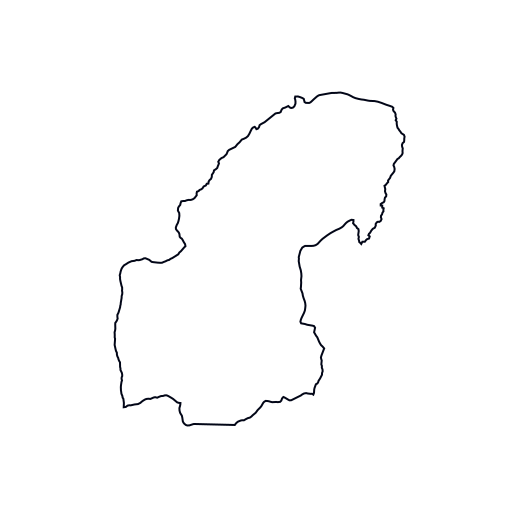 the district of Kabuchai, Western, Kenya, rotated 27°
{"feature_id": "3690345B50484339603555", "entity_name": "Kabuchai", "entity_type": "district", "adm_level": 2, "iso_a3": "KEN", "parent_name": "Kenya", "parent_adm1": "Western", "projection": "natural_earth1", "projection_center": [34.605, 0.696], "detail": "fine", "context": "isolated", "style": "outline", "palette": "ink", "viewbox_px": 512, "rotation_deg": 27, "n_neighbors": 0, "source": "geoboundaries", "source_scale": "gbopen_adm2", "svg_char_len": 6095}
<svg xmlns="http://www.w3.org/2000/svg" viewBox="0 0 512 512"><g transform="rotate(27 256 256)"><path d="M320.4,72.4L318.8,71.6L318.8,69.9L317.7,69.0L316.7,67.9L316.1,66.4L314.7,65.1L312.9,64.5L311.7,63.5L311.2,61.7L309.6,61.2L307.1,61.5L303.4,62.1L298.4,62.6L294.6,63.2L291.4,64.1L287.0,66.1L285.2,66.7L281.2,67.8L278.8,68.7L276.0,69.5L272.8,70.2L271.5,70.3L270.2,70.4L268.6,70.3L265.6,70.3L264.1,70.4L259.3,71.4L257.1,72.0L255.5,72.9L253.7,74.1L249.5,76.3L247.6,77.7L239.3,84.0L238.5,85.1L237.8,86.4L236.3,90.2L235.5,92.5L234.8,94.3L233.9,95.5L230.9,96.9L229.4,96.8L227.2,94.3L225.5,94.2L223.3,94.4L221.0,94.8L218.6,96.1L219.0,97.9L220.0,98.9L221.1,100.5L222.0,102.4L222.2,105.3L221.5,107.1L220.1,108.2L218.7,108.3L216.7,107.7L214.6,110.5L212.9,112.2L212.4,113.8L212.6,116.6L211.7,117.9L209.9,119.1L208.6,120.2L202.9,132.9L200.6,136.2L199.8,137.8L200.2,139.8L199.8,141.8L198.8,142.8L197.6,142.0L196.2,141.5L195.1,142.8L194.5,144.4L194.5,147.1L194.6,150.0L194.4,152.8L193.5,155.0L192.1,156.9L190.5,158.7L189.7,162.2L188.7,164.8L188.0,168.2L183.9,173.6L183.2,175.4L183.4,177.0L183.5,178.7L182.2,182.7L180.8,184.4L179.7,187.0L179.6,189.2L180.9,190.2L181.1,191.6L181.2,193.3L181.5,195.2L180.8,196.9L179.7,198.8L180.2,200.4L180.1,201.9L179.8,203.6L180.7,205.6L180.9,207.7L180.2,209.3L180.0,211.1L180.7,213.1L179.3,214.0L179.3,215.9L177.8,217.8L177.6,220.1L176.8,221.6L175.7,222.8L175.4,224.2L174.2,225.5L174.6,227.1L175.6,228.8L174.9,232.4L173.9,234.2L172.5,235.6L170.3,236.7L168.9,237.9L167.7,239.3L166.1,240.1L164.6,241.2L164.8,243.2L165.3,244.9L164.8,246.9L164.8,248.6L165.8,251.0L168.1,252.6L169.5,255.0L170.5,257.8L171.1,260.3L171.4,262.2L171.3,264.3L171.6,266.9L172.4,268.3L174.0,269.2L175.3,269.6L176.6,270.2L177.7,271.1L179.3,273.5L180.6,274.1L182.0,274.2L183.5,275.1L185.5,276.5L187.4,277.6L188.7,279.3L188.1,281.0L186.9,285.9L186.1,287.7L186.0,289.7L182.4,295.8L181.1,297.4L180.4,298.9L179.0,300.1L177.8,301.8L176.4,303.3L175.4,304.6L174.1,305.4L171.3,306.6L167.0,308.2L165.6,308.6L162.6,307.9L158.5,308.2L157.2,309.0L156.1,310.6L154.1,312.5L153.0,313.2L151.4,313.8L150.0,315.4L147.5,317.1L145.3,319.8L143.7,322.6L142.7,324.1L142.2,326.2L142.0,328.1L142.2,329.9L142.5,331.6L142.9,332.9L143.3,335.0L144.4,336.4L145.3,338.2L146.5,339.8L149.7,343.6L151.0,344.8L151.9,346.5L152.4,347.8L153.3,348.9L154.1,350.6L154.5,352.7L155.3,354.4L156.8,359.2L157.4,360.6L157.7,362.1L158.2,363.4L159.2,369.0L159.2,371.4L160.2,373.3L161.1,374.5L161.3,376.0L161.3,377.6L161.0,379.5L161.8,381.2L163.7,384.7L164.3,386.5L164.6,388.1L165.6,389.8L166.4,391.3L167.0,392.6L168.0,393.7L168.6,395.1L170.4,399.4L173.1,402.7L174.4,404.2L175.9,405.3L176.9,407.1L178.2,408.5L179.4,409.3L180.5,410.6L181.7,411.6L183.1,412.5L185.3,416.6L186.2,417.6L187.0,419.1L189.5,421.0L190.6,422.4L191.3,423.7L191.4,425.1L192.0,426.5L193.1,427.7L193.3,429.2L194.4,432.5L195.1,434.2L196.7,437.1L197.6,438.3L198.6,439.8L200.5,441.4L201.5,442.8L202.6,443.4L205.0,446.9L206.8,450.8L208.5,449.6L209.5,447.6L210.9,446.5L212.1,446.0L215.2,443.4L218.1,441.5L219.7,439.3L220.2,437.9L221.1,436.1L222.5,433.9L223.7,432.8L225.0,432.0L226.8,431.3L229.0,428.6L230.2,427.6L232.3,427.1L233.7,425.3L235.0,423.9L236.7,422.9L238.1,421.5L239.7,420.7L241.6,420.6L245.1,420.8L247.1,421.0L252.2,422.2L253.9,421.9L255.4,421.3L256.0,422.7L256.4,424.2L256.8,426.3L258.0,428.4L259.5,430.1L261.0,431.1L262.4,431.9L263.8,433.6L265.9,436.6L267.0,437.4L268.3,438.0L270.2,438.4L271.7,438.2L273.5,437.2L276.6,434.1L278.1,433.3L313.8,416.2L314.1,414.4L314.6,412.9L315.2,411.7L317.2,409.4L318.3,408.6L319.8,407.9L321.2,405.7L322.4,404.1L323.9,402.8L324.8,401.1L325.3,399.5L326.9,395.8L327.4,392.6L328.5,389.2L328.9,387.5L329.1,383.5L329.5,382.1L330.4,380.7L332.1,380.0L333.4,379.6L335.1,379.3L336.8,378.9L340.2,376.9L341.8,376.3L343.7,375.0L344.2,373.4L343.9,371.1L344.4,369.2L345.6,369.1L348.9,369.3L350.1,369.4L351.4,369.4L352.9,368.5L359.3,359.9L360.0,358.4L361.2,356.7L362.9,355.4L364.6,355.0L367.3,354.0L368.5,353.3L370.0,353.5L369.8,351.6L368.5,348.6L368.1,347.1L367.6,343.1L368.5,341.8L368.7,340.4L368.4,338.7L368.7,336.2L368.7,333.9L368.7,331.8L368.0,330.4L367.7,328.4L366.7,326.8L365.4,325.7L364.6,324.0L363.4,322.9L362.0,319.3L360.9,318.2L359.9,316.9L359.5,315.0L358.7,307.4L356.3,306.4L354.5,305.9L352.8,304.9L351.0,303.6L347.5,300.6L345.8,299.8L342.4,297.6L341.2,293.1L339.5,292.1L338.0,292.4L332.9,294.0L330.4,294.4L326.8,295.5L325.4,294.4L324.9,292.4L324.7,290.4L324.6,284.9L324.3,282.4L323.5,280.0L322.6,277.7L321.2,275.6L319.8,274.0L317.6,272.0L315.7,270.0L314.4,268.2L310.7,264.9L310.1,263.2L308.4,259.3L307.0,256.9L305.7,253.4L304.3,251.0L302.4,248.4L299.7,245.6L296.4,241.2L295.4,238.8L294.6,237.6L293.2,231.3L293.4,227.5L294.4,225.8L295.2,224.7L296.5,224.1L300.6,222.0L302.6,220.8L304.2,219.3L305.4,217.3L306.6,213.0L307.5,210.5L310.0,205.4L312.0,201.8L313.6,199.4L315.6,196.5L317.9,193.8L319.4,191.5L320.2,189.7L320.7,187.6L321.2,185.8L322.0,183.9L323.4,181.9L324.6,180.4L326.5,179.7L327.2,181.1L327.6,182.7L329.6,183.6L331.8,184.1L333.2,185.2L335.0,185.5L336.2,187.1L337.5,190.9L339.0,192.3L339.5,194.2L340.8,195.5L341.7,196.7L343.1,197.0L344.3,197.5L344.3,195.0L346.5,193.9L346.8,192.0L347.3,190.6L348.8,189.1L348.4,186.9L346.7,186.5L346.6,184.9L347.1,183.5L347.2,181.1L347.7,178.8L349.0,176.9L348.9,174.5L348.1,173.2L348.3,171.2L349.1,170.1L350.4,169.6L351.2,168.1L351.1,166.1L349.7,164.8L349.1,163.3L349.4,161.7L349.0,159.9L349.3,158.4L348.5,157.0L348.1,155.5L346.5,155.6L345.6,153.8L344.2,154.4L343.5,153.1L344.4,151.4L345.4,150.1L345.5,148.7L344.8,147.0L344.4,145.4L344.9,143.8L344.2,142.0L342.9,141.2L341.5,139.7L340.8,137.7L338.6,135.1L339.3,133.8L339.7,131.7L340.2,130.1L339.4,128.8L340.0,125.5L339.7,123.4L340.1,121.5L340.5,119.7L340.8,117.8L340.0,115.5L338.7,113.9L337.4,112.9L337.0,111.3L337.4,109.1L338.0,105.3L338.8,104.2L339.2,102.5L339.8,100.8L340.1,99.2L339.9,97.7L339.1,96.4L338.5,95.1L337.9,93.5L336.6,92.3L335.6,90.8L335.4,88.9L336.1,87.1L335.5,85.5L334.8,84.1L334.2,82.2L332.8,80.9L329.8,80.6L328.3,79.7L326.5,78.9L325.3,78.1L323.9,77.5L322.5,75.9L321.4,74.4L320.4,72.4Z" fill="none" stroke="#020617" stroke-width="2"/></g></svg>